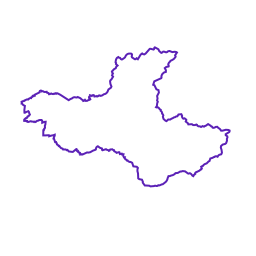 Doi Saket, Chiang Mai, Thailand, rotated 64°
{"feature_id": "78962969B32024280119192", "entity_name": "Doi Saket", "entity_type": "district", "adm_level": 2, "iso_a3": "THA", "parent_name": "Thailand", "parent_adm1": "Chiang Mai", "projection": "equal_earth", "projection_center": [99.166, 18.932], "detail": "fine", "context": "isolated", "style": "outline", "palette": "violet", "viewbox_px": 256, "rotation_deg": 64, "n_neighbors": 0, "source": "geoboundaries", "source_scale": "gbopen_adm2", "svg_char_len": 5718}
<svg xmlns="http://www.w3.org/2000/svg" viewBox="0 0 256 256"><g transform="rotate(64 128 128)"><path d="M199.9,90.4L199.0,89.2L199.0,88.6L198.7,87.6L198.1,87.6L197.6,86.6L197.5,85.7L197.7,85.1L197.6,83.3L197.7,82.6L197.3,81.4L197.3,80.3L196.9,80.2L196.7,79.4L194.9,79.2L194.9,78.4L194.7,77.8L194.9,77.2L194.3,76.1L194.1,74.8L194.3,72.8L193.4,70.3L193.4,69.2L191.5,67.4L191.9,64.9L191.7,63.8L192.0,63.0L191.7,62.1L192.1,61.0L193.1,60.1L192.4,59.0L192.1,57.8L192.5,55.7L191.4,54.4L188.6,53.5L186.4,53.2L185.0,52.3L184.4,50.2L184.9,47.6L184.6,46.4L182.8,44.6L181.1,43.9L180.0,42.7L179.0,42.4L177.3,43.3L176.4,42.9L176.0,38.8L175.7,38.3L174.8,37.8L173.8,38.6L172.5,40.8L171.8,44.3L171.2,45.5L169.3,45.8L167.0,47.0L166.1,47.2L165.5,48.6L165.6,50.0L165.2,51.4L164.7,51.8L163.6,51.9L163.0,52.5L162.2,52.7L159.6,54.3L160.1,57.3L159.9,58.0L160.1,59.1L159.0,60.1L159.1,61.9L158.1,62.6L157.3,64.0L156.3,64.6L155.4,64.6L154.8,65.1L154.8,66.3L153.9,68.2L152.6,68.9L151.2,72.2L149.9,72.1L147.5,73.3L146.3,72.0L146.0,72.0L144.1,72.9L143.9,74.2L143.2,74.5L141.5,74.6L140.7,74.0L139.0,74.0L138.0,76.7L139.1,78.5L138.7,79.6L138.9,80.8L138.6,82.2L138.8,83.4L138.7,84.9L138.9,86.4L138.0,88.1L138.7,90.4L137.9,91.1L135.4,92.1L133.1,91.7L132.1,90.7L130.9,90.7L130.0,91.1L129.4,90.7L128.0,90.6L126.9,91.1L126.0,90.6L125.0,91.3L123.9,91.4L122.6,92.0L121.9,93.5L121.6,93.7L121.0,92.5L118.4,90.8L117.5,89.7L116.0,89.8L114.4,88.5L112.0,87.8L109.7,84.7L107.3,84.0L105.7,85.5L101.1,85.5L100.2,86.4L97.6,83.9L97.8,76.3L97.4,75.8L96.0,75.2L94.7,73.8L94.0,71.8L93.9,70.9L94.2,69.4L92.7,68.6L90.3,68.7L89.9,66.8L90.5,64.6L90.2,64.2L88.3,63.9L87.2,62.5L86.8,61.2L86.2,60.3L86.3,59.2L86.1,56.7L85.1,54.4L84.7,53.9L83.3,53.8L81.6,50.9L81.0,51.2L80.0,52.5L79.2,54.9L77.0,56.9L76.6,58.3L76.9,59.6L76.7,60.6L75.1,62.2L74.8,62.9L75.2,64.8L75.0,65.2L72.6,66.2L70.5,66.2L67.3,68.5L67.4,69.1L68.5,70.0L68.7,70.6L66.7,73.0L66.4,73.8L68.8,79.5L69.0,81.1L68.1,82.2L67.2,82.6L67.6,84.5L70.5,89.0L69.1,89.7L69.5,91.0L69.1,91.8L66.3,93.4L65.5,93.4L63.8,92.2L63.1,92.2L62.4,92.7L61.5,94.6L61.3,95.9L61.4,96.7L61.9,98.1L63.1,99.6L63.4,100.4L63.8,103.1L63.6,103.7L62.9,104.2L61.5,104.4L60.6,105.5L60.0,105.6L60.0,106.2L60.2,107.3L60.7,108.1L61.5,109.0L63.5,110.4L64.3,110.2L65.2,110.8L67.3,110.0L67.7,111.6L68.9,112.8L69.0,114.7L70.1,117.6L70.7,117.6L71.4,118.0L72.3,117.6L73.7,119.3L75.3,118.9L77.0,121.5L77.5,123.0L78.1,123.6L80.7,124.5L83.5,124.7L84.3,125.7L84.8,128.7L86.5,130.6L87.2,132.1L87.4,133.3L87.1,135.1L87.4,136.7L87.2,138.3L86.9,138.9L86.3,139.1L86.0,140.0L86.3,140.9L86.2,141.8L85.6,142.0L85.6,142.9L84.9,143.8L84.9,144.4L83.4,144.4L83.0,145.5L83.4,146.5L82.7,146.9L82.1,147.6L82.6,147.7L82.7,148.8L83.1,149.5L84.1,149.8L84.5,149.2L85.7,149.3L85.8,150.3L85.5,151.5L85.7,152.5L85.2,154.0L83.8,154.3L84.3,155.5L84.1,156.4L83.2,156.3L82.1,157.1L80.4,157.7L78.1,159.6L78.2,160.6L76.7,162.9L76.6,164.5L76.9,165.6L76.7,166.9L77.0,169.1L68.4,174.3L65.9,176.2L65.8,177.3L65.1,177.5L64.9,178.4L65.2,178.9L64.7,179.5L64.7,180.4L64.0,181.4L63.3,181.9L63.3,183.3L63.0,184.2L61.8,184.1L60.8,185.3L59.8,185.2L59.2,187.0L58.4,187.9L58.0,188.0L57.1,189.1L57.2,189.4L56.5,189.5L56.1,190.0L56.1,191.0L56.7,191.7L57.2,191.8L57.2,197.0L58.1,197.7L57.6,198.3L57.8,198.6L57.3,198.9L57.3,199.6L58.1,200.2L58.0,201.4L58.6,201.9L58.3,202.2L58.2,203.4L58.4,203.9L58.2,204.5L58.6,205.4L58.3,205.6L58.0,206.3L57.9,208.3L58.1,208.7L57.9,209.1L58.2,209.7L57.7,211.3L57.9,212.3L59.2,212.4L59.4,212.7L59.6,212.4L60.8,212.4L62.5,211.3L63.0,211.3L63.1,211.1L66.3,213.2L68.5,214.2L68.7,213.9L69.0,214.1L69.1,213.9L69.0,212.6L69.2,210.2L70.4,210.0L71.3,210.3L72.9,210.3L73.6,211.6L73.4,212.2L73.8,213.0L73.7,213.5L74.4,213.9L74.5,214.2L74.7,215.0L74.3,215.7L74.7,216.4L74.7,217.0L75.2,217.8L76.1,218.2L77.4,215.7L77.9,216.0L78.8,215.2L79.3,212.3L79.9,211.9L80.9,210.1L81.5,209.8L81.4,208.9L82.1,208.4L81.7,206.6L82.1,205.2L81.9,204.4L82.6,202.8L82.9,202.2L83.7,201.9L85.7,202.8L85.8,200.6L86.3,199.3L88.7,200.8L89.6,201.8L91.2,202.4L91.9,203.1L91.8,203.5L92.0,203.8L93.1,204.6L92.9,205.1L97.5,207.4L98.6,205.1L99.8,202.3L100.3,201.9L100.9,202.3L101.3,199.9L101.8,198.2L101.9,196.8L102.7,197.2L102.6,197.8L103.6,198.2L103.7,198.5L104.9,199.6L105.3,199.2L108.7,199.7L109.1,198.8L110.0,199.0L110.5,198.7L111.6,199.1L113.8,197.7L114.1,198.0L114.3,197.7L116.7,197.0L117.9,195.8L118.8,195.8L120.0,193.4L121.2,192.7L121.2,192.0L123.1,191.5L125.1,188.5L125.3,188.0L124.3,183.9L124.4,183.5L124.9,183.4L125.9,184.0L127.5,183.4L127.4,183.1L127.7,183.2L129.2,182.1L129.8,182.7L130.4,182.2L130.7,182.4L130.9,181.9L131.1,182.2L131.9,180.5L132.0,175.5L132.7,174.5L133.2,172.6L133.0,169.4L133.3,166.7L133.2,166.3L132.4,165.9L131.5,164.8L131.2,163.9L131.2,163.1L133.5,161.9L135.0,160.4L136.3,160.9L136.8,160.7L137.4,157.1L138.0,156.9L139.2,155.5L140.2,155.2L140.2,154.4L139.7,154.0L139.5,153.4L140.3,151.4L141.0,151.2L141.8,150.3L142.8,150.6L144.4,149.4L145.3,149.2L145.7,146.9L146.0,146.4L147.9,146.7L148.3,144.9L149.1,145.0L149.3,144.0L149.6,143.6L150.0,144.1L151.0,144.5L152.7,144.5L153.0,143.7L153.6,144.2L154.1,144.2L155.1,144.0L155.8,143.3L156.7,143.3L157.0,142.6L157.7,142.5L159.1,141.6L159.6,140.6L161.1,139.5L164.8,140.0L166.7,137.1L168.2,136.6L168.4,136.7L168.8,137.3L170.8,138.4L173.2,138.9L177.8,140.9L178.9,140.3L180.6,138.1L182.8,138.2L183.6,138.7L187.0,138.1L189.1,134.3L190.3,133.4L191.6,130.1L191.7,129.0L192.7,127.7L193.0,126.7L192.7,125.9L193.4,124.8L193.5,122.3L193.8,121.4L193.0,117.7L192.5,116.6L191.6,115.3L190.4,114.3L189.0,112.7L189.6,111.4L189.6,110.3L190.0,108.4L189.9,106.5L189.4,105.1L190.2,102.9L190.0,100.1L190.4,99.5L190.7,97.7L192.0,95.7L195.2,94.0L195.6,93.5L195.7,92.3L196.1,91.9L197.3,91.3L199.1,91.0L199.9,90.4Z" fill="none" stroke="#5b21b6" stroke-width="2"/></g></svg>